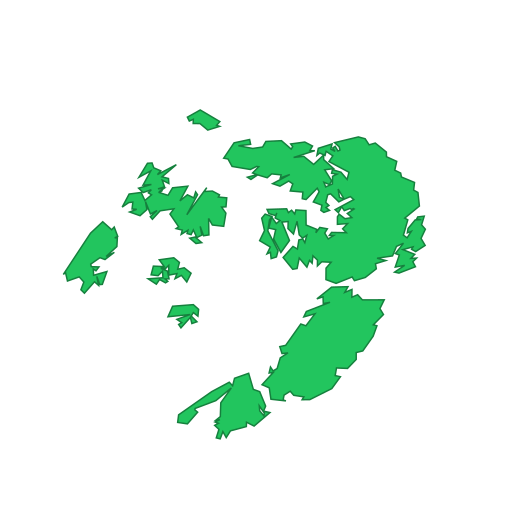 Austevoll nor, Norway, rotated 319°
{"feature_id": "86288312B29393912466053", "entity_name": "Austevoll nor", "entity_type": "district", "adm_level": 2, "iso_a3": "NOR", "parent_name": "Norway", "parent_adm1": "", "projection": "natural_earth1", "projection_center": [5.173, 60.063], "detail": "fine", "context": "isolated", "style": "filled", "palette": "green", "viewbox_px": 512, "rotation_deg": 319, "n_neighbors": 0, "source": "geoboundaries", "source_scale": "gbopen_adm2", "svg_char_len": 6173}
<svg xmlns="http://www.w3.org/2000/svg" viewBox="0 0 512 512"><g transform="rotate(319 256 256)"><path d="M313.7,156.2L295.8,161.0L298.5,164.4L296.7,172.7L308.5,187.0L315.2,188.8L316.6,190.4L307.9,191.1L310.1,195.2L301.2,190.9L302.4,194.9L310.5,195.9L315.8,204.3L321.7,204.3L328.2,211.3L325.6,213.0L335.0,216.7L316.0,212.3L319.9,219.0L329.8,220.9L331.1,225.7L324.5,229.4L333.3,238.5L328.5,243.1L330.8,246.2L346.7,245.0L345.8,248.9L334.7,252.8L339.1,260.9L334.9,264.1L335.8,267.6L341.4,269.8L340.6,265.3L344.2,265.7L343.8,261.3L350.3,256.8L353.1,258.0L354.0,269.5L359.7,270.9L357.5,266.5L361.9,259.3L359.9,271.0L366.2,273.1L366.8,277.6L346.1,272.9L346.6,277.3L353.0,275.0L352.4,279.7L358.1,281.8L358.7,283.7L360.6,284.0L360.9,284.9L352.8,283.8L353.5,289.9L347.6,286.2L346.2,279.0L343.2,279.8L338.2,285.5L346.4,291.6L339.2,292.3L339.5,297.7L328.5,287.8L324.8,288.6L328.1,291.5L321.7,290.5L322.9,283.8L327.7,282.3L322.9,276.3L316.4,277.8L319.3,275.7L314.1,265.5L323.5,254.5L316.3,247.4L312.8,249.7L312.9,244.8L308.9,244.5L310.1,240.5L294.9,228.1L293.6,232.5L297.4,238.5L300.0,237.1L295.4,239.9L297.4,245.0L292.6,244.8L293.4,236.9L283.9,243.3L288.2,249.0L280.5,254.7L277.1,269.7L291.4,266.3L297.8,247.4L302.9,251.1L298.1,256.3L298.7,264.0L309.8,256.7L302.5,268.4L302.9,273.1L307.9,273.7L301.6,278.0L302.4,273.8L298.9,272.0L291.8,277.9L290.2,273.0L275.5,274.9L275.0,290.1L278.8,292.4L287.3,285.9L287.1,297.8L293.5,294.4L293.6,298.3L299.1,293.2L299.7,299.4L295.8,303.8L301.8,303.5L308.6,310.0L300.9,311.1L293.3,319.7L298.5,329.2L314.8,334.9L314.1,339.2L324.4,343.9L338.4,344.6L341.1,340.2L351.0,344.6L345.9,337.1L359.1,345.5L368.3,340.9L375.7,343.1L362.8,345.6L364.8,349.3L353.8,355.7L362.1,360.6L350.0,359.1L352.7,362.7L369.3,368.7L370.6,363.2L375.8,362.9L371.3,359.4L376.9,358.9L371.0,347.5L380.5,352.1L377.8,353.0L379.4,357.4L390.6,359.0L392.1,351.0L401.4,346.9L401.4,341.1L409.1,336.3L403.7,332.6L401.5,333.5L404.7,337.1L399.8,333.2L388.8,335.0L385.4,337.8L389.4,339.3L382.0,341.4L380.9,337.0L394.3,328.3L393.1,325.0L412.1,325.5L419.9,314.3L418.2,309.7L423.9,304.5L417.6,291.8L419.6,288.3L417.0,282.3L424.3,276.9L419.6,266.7L422.6,263.1L420.1,249.0L414.3,246.3L415.3,239.1L411.4,233.3L389.7,222.0L390.4,228.1L388.9,231.2L386.7,230.5L387.7,225.2L384.7,224.8L384.3,228.9L382.6,224.4L386.9,221.3L373.7,215.6L368.0,220.0L371.7,220.1L374.1,225.4L377.6,223.0L379.7,230.8L373.0,232.6L381.1,253.8L375.0,258.0L375.1,248.5L370.3,241.0L367.3,243.2L370.9,247.4L366.1,246.1L360.9,251.8L353.9,249.6L355.6,244.9L358.3,250.2L362.4,248.9L364.4,236.0L371.9,241.0L370.3,227.7L373.2,224.2L359.6,224.7L357.4,212.1L349.0,206.3L369.5,215.1L365.7,211.8L370.8,210.1L367.6,202.0L355.7,194.2L355.4,197.6L352.7,198.4L350.9,185.7L338.6,176.0L332.5,178.1L324.1,172.7L315.0,161.2L325.2,168.2L327.6,163.9L313.7,156.2ZM292.6,329.1L273.8,328.3L279.8,330.8L275.6,336.0L281.5,339.5L257.6,330.9L252.1,333.3L262.6,338.3L247.9,341.4L245.2,336.7L219.8,342.9L214.5,340.0L211.6,346.7L216.6,350.1L207.5,348.8L198.1,354.8L193.5,353.9L194.1,349.3L189.1,352.9L192.6,355.2L176.1,357.1L179.5,364.2L173.3,373.9L183.5,385.0L182.1,382.4L185.9,379.4L193.1,380.5L193.1,385.9L199.7,393.7L196.5,394.7L202.4,399.7L226.2,405.8L240.5,402.5L237.3,398.2L243.3,393.3L251.3,400.9L263.8,399.8L268.3,394.6L274.3,397.7L291.8,393.4L301.5,388.0L299.4,384.9L313.8,383.8L315.0,377.0L324.0,373.2L307.5,358.9L307.3,351.9L301.3,350.0L306.5,344.2L299.1,341.7L305.3,339.5L292.6,329.1ZM234.9,114.8L219.3,119.8L232.5,122.7L217.2,128.4L224.0,133.4L211.9,127.8L212.5,134.1L220.5,137.3L216.2,137.7L217.3,141.3L208.6,141.2L211.0,132.7L200.9,126.0L187.1,131.3L195.0,132.2L198.4,134.5L193.3,139.2L196.6,142.5L189.5,139.9L194.9,149.5L204.1,149.4L208.3,142.4L203.9,155.0L211.2,156.8L202.0,157.0L201.9,160.3L213.3,159.0L225.0,166.5L218.6,167.9L216.8,183.2L213.7,182.9L217.4,188.1L213.7,190.6L221.5,191.9L218.7,193.8L221.0,197.3L225.8,195.2L223.7,202.4L217.7,199.1L218.9,207.2L223.8,210.3L222.7,203.1L228.9,204.7L233.3,197.0L229.7,206.3L234.3,209.2L244.9,196.5L243.4,204.0L251.1,212.4L261.4,203.9L262.1,196.5L265.6,199.2L272.1,192.9L266.3,186.8L268.6,185.9L265.7,178.4L259.3,173.4L263.7,172.1L230.8,179.5L252.1,171.4L252.5,168.0L247.2,171.3L244.4,164.8L234.7,164.5L250.4,158.6L237.8,149.8L229.4,152.5L224.7,144.8L228.6,145.2L224.7,143.9L231.0,144.6L226.1,141.0L232.3,143.8L235.0,137.3L237.8,144.1L240.8,140.1L237.0,134.6L255.8,134.8L235.0,129.9L240.0,129.2L236.7,122.4L238.6,117.6L234.9,114.8ZM93.4,325.1L87.7,330.2L94.1,337.7L109.5,335.6L108.9,332.0L110.0,331.1L130.8,338.8L150.9,339.4L133.1,343.7L123.7,353.8L118.2,353.6L121.4,355.8L116.2,354.4L117.9,357.6L113.7,356.7L114.3,362.5L106.7,367.2L109.0,370.5L115.8,366.8L114.4,373.5L122.0,371.2L136.8,378.4L139.8,375.2L143.0,383.1L163.8,383.3L160.6,378.9L157.1,381.8L157.2,375.3L160.2,371.2L159.4,378.3L164.8,375.6L169.8,360.8L166.5,354.9L173.5,339.7L159.6,334.2L153.2,338.6L153.0,333.7L133.6,329.3L93.4,325.1ZM146.1,130.2L98.5,143.5L101.4,143.5L97.3,151.2L108.9,155.8L109.0,162.7L101.7,166.6L102.1,171.5L117.2,169.5L117.9,174.8L122.5,166.9L119.3,175.1L121.4,176.6L133.3,169.9L120.8,164.0L124.7,159.0L125.5,162.2L130.3,161.2L124.7,156.0L125.9,153.7L137.1,154.9L139.7,159.6L151.5,160.3L142.6,158.0L157.2,157.6L163.3,151.3L161.3,149.6L164.5,150.5L168.0,141.1L164.3,141.5L162.8,129.6L146.1,130.2ZM171.9,196.3L164.5,201.4L169.2,206.6L175.5,206.1L171.5,211.4L159.6,202.4L162.3,211.9L167.8,210.5L170.1,216.9L172.8,217.3L172.3,213.6L175.4,216.2L179.3,209.3L176.3,203.5L177.2,202.4L179.3,206.1L184.0,205.8L177.6,213.2L184.8,217.4L180.0,220.0L187.0,221.7L186.7,230.2L195.7,226.4L194.1,217.8L188.2,214.6L194.0,210.6L192.8,203.4L180.5,195.4L179.8,203.8L171.9,196.3ZM176.8,251.6L160.1,239.2L149.7,244.1L168.0,257.0L154.7,251.9L156.2,257.6L152.7,256.9L152.2,261.0L166.2,259.3L163.3,264.9L168.3,266.9L167.7,258.8L171.6,257.6L172.7,263.3L177.7,258.6L176.8,251.6ZM309.7,109.2L295.3,106.2L294.2,110.4L298.4,111.7L295.5,114.8L300.6,119.3L302.2,129.3L313.6,134.3L312.0,131.5L316.9,130.8L309.7,109.2ZM290.4,230.4L285.1,231.2L279.1,242.4L268.8,246.8L272.7,258.6L265.7,261.6L269.3,262.7L265.7,267.9L270.8,270.1L276.1,266.5L281.4,244.8L289.8,237.6L293.9,236.7L290.4,230.4Z" fill="#22c55e" stroke="#15803d" stroke-width="1.5"/></g></svg>